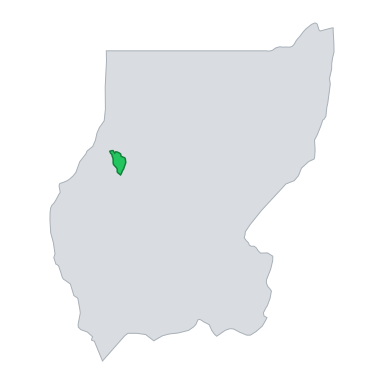 Namutumba highlighted on a map of Uganda, rotated 180°
{"feature_id": "UGA-3073", "entity_name": "Namutumba", "entity_type": "County", "adm_level": 1, "iso_a3": "UGA", "parent_name": "Uganda", "parent_adm1": "", "projection": "robinson", "projection_center": [33.694, 0.883], "detail": "fine", "context": "in_parent", "style": "filled", "palette": "green", "viewbox_px": 384, "rotation_deg": 180, "n_neighbors": 0, "source": "natural_earth", "source_scale": "10m", "svg_char_len": 2670}
<svg xmlns="http://www.w3.org/2000/svg" viewBox="0 0 384 384"><g transform="rotate(180 192 192)"><path d="M277.7,333.2L271.9,333.2L262.6,333.2L253.3,333.2L244.0,333.2L234.6,333.2L225.3,333.2L216.0,333.2L206.7,333.2L197.3,333.2L188.0,333.2L178.7,333.2L169.4,333.2L160.1,333.2L150.7,333.2L141.4,333.2L132.1,333.2L122.8,333.2L117.3,333.2L116.1,333.0L115.4,332.8L111.9,333.5L108.2,336.1L104.4,337.2L100.2,336.8L99.7,337.0L97.6,337.0L94.6,336.8L91.9,337.5L89.8,339.8L87.6,343.7L83.8,348.1L80.8,352.1L78.3,354.9L72.5,359.6L69.3,361.0L67.7,360.7L66.8,359.9L64.9,353.9L63.8,353.0L52.5,356.0L50.8,356.1L50.9,354.2L50.1,340.3L50.0,331.7L51.4,326.3L52.3,320.2L52.4,314.7L54.5,305.5L53.7,299.9L56.3,280.4L57.1,277.2L58.1,267.8L59.8,264.9L61.3,263.8L63.2,258.0L66.9,248.8L69.5,244.0L68.9,233.6L69.4,226.6L69.9,225.0L75.4,222.4L82.5,215.9L85.6,208.2L89.8,203.3L98.0,200.1L122.4,173.7L133.8,159.5L138.7,152.2L138.9,149.6L139.8,146.2L137.8,143.5L135.5,141.1L134.7,138.9L132.7,137.7L129.8,137.8L127.8,136.2L125.6,133.0L123.5,130.9L116.5,131.1L111.2,127.8L111.3,123.4L113.4,114.6L117.4,104.6L117.7,101.8L117.1,99.5L116.1,97.4L114.3,95.4L112.6,93.0L113.9,85.8L116.5,78.7L118.6,75.2L120.6,71.2L120.0,68.0L117.0,66.4L118.6,63.2L121.8,57.8L128.0,52.4L133.5,48.9L137.1,48.8L144.2,51.7L150.7,55.1L154.2,55.3L158.5,53.8L167.3,47.8L169.5,49.7L172.1,53.4L174.9,59.4L180.4,62.2L183.1,64.1L185.0,64.6L186.1,64.1L188.2,59.4L190.8,56.8L195.5,53.6L205.9,51.0L213.4,50.2L216.5,49.6L221.8,48.1L230.2,43.2L238.4,49.5L247.3,50.7L256.0,50.7L258.6,48.8L260.1,47.3L269.2,37.0L281.5,23.0L289.6,42.7L292.5,43.9L292.1,45.6L291.4,47.2L296.7,52.0L303.3,54.4L305.7,56.9L305.9,59.5L303.7,71.0L304.1,74.3L306.2,85.8L310.1,88.4L313.6,100.0L320.6,104.9L321.6,106.3L323.3,111.9L325.4,118.1L327.1,119.5L328.1,119.9L330.2,126.4L329.0,130.1L330.6,141.2L333.3,151.2L334.0,163.1L334.0,168.3L333.9,171.5L333.3,176.1L332.1,178.7L329.8,181.2L327.4,185.2L325.2,189.5L323.8,191.6L324.9,198.1L324.6,199.8L324.0,200.6L320.8,201.6L316.8,203.3L314.3,205.0L310.8,208.2L308.0,211.8L304.3,222.2L298.1,230.2L297.0,232.9L291.2,237.7L288.6,243.7L287.0,251.0L284.7,256.2L279.8,263.3L278.6,274.7L278.8,297.3L277.5,323.1L277.7,333.2Z" fill="#d9dde1" stroke="#a8b0b8" stroke-width="1"/><path d="M263.4,230.1L262.9,227.8L260.6,226.7L259.4,226.3L258.7,225.3L258.2,221.4L260.5,214.7L261.4,213.5L262.0,212.1L262.6,210.5L263.5,209.1L266.0,211.1L266.8,212.1L266.8,214.9L267.4,216.1L269.3,218.1L270.5,219.5L270.9,221.4L270.8,223.6L271.0,225.7L271.8,227.7L272.2,229.6L272.7,230.1L273.4,230.7L274.2,232.7L272.6,233.3L270.9,233.4L269.3,230.8L268.3,232.2L266.8,232.0L265.0,231.2L263.4,230.1Z" fill="#22c55e" stroke="#15803d" stroke-width="1.5"/></g></svg>